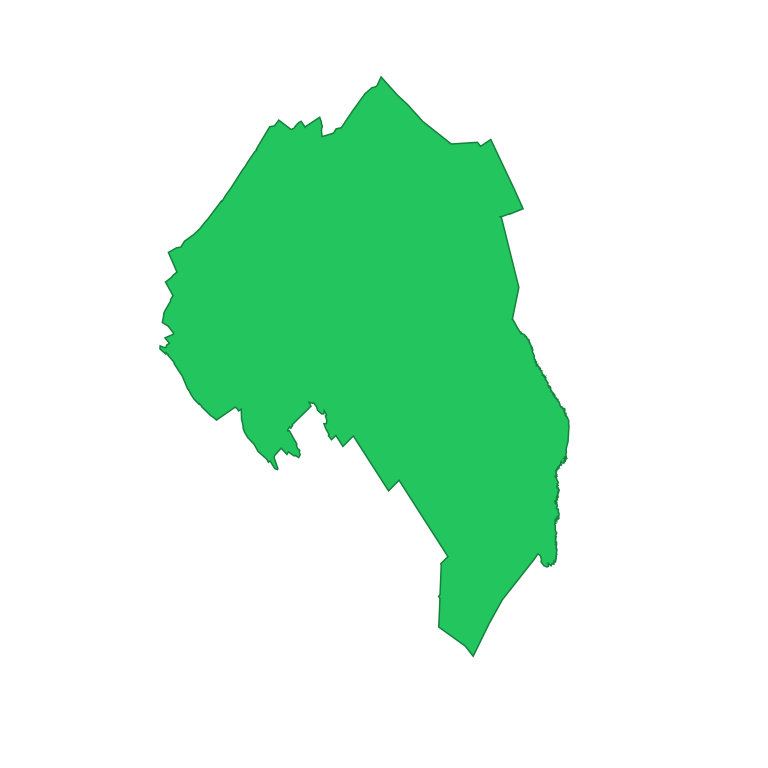 outline of Allažu pag., Siguldas, Latvia, rotated 248°
{"feature_id": "27541924B773256443611", "entity_name": "Allažu pag.", "entity_type": "district", "adm_level": 2, "iso_a3": "LVA", "parent_name": "Latvia", "parent_adm1": "Siguldas", "projection": "equal_earth", "projection_center": [24.751, 57.056], "detail": "fine", "context": "isolated", "style": "filled", "palette": "green", "viewbox_px": 768, "rotation_deg": 248, "n_neighbors": 0, "source": "geoboundaries", "source_scale": "gbopen_adm2", "svg_char_len": 6157}
<svg xmlns="http://www.w3.org/2000/svg" viewBox="0 0 768 768"><g transform="rotate(248 384 384)"><path d="M98.2,364.7L122.6,391.9L139.7,413.0L164.9,457.1L168.9,463.1L166.1,464.6L162.5,464.3L160.1,463.0L155.6,464.2L153.3,466.5L153.3,468.2L155.3,468.7L157.1,468.6L152.9,470.8L154.2,472.1L154.2,472.7L153.4,473.8L153.4,474.3L155.8,474.8L154.9,475.9L154.9,476.5L156.5,476.8L156.5,477.6L157.5,477.8L157.8,478.4L159.3,478.6L159.4,479.1L160.5,479.2L161.2,480.4L162.4,480.4L165.3,482.1L165.9,482.4L166.6,481.8L167.3,482.5L168.0,482.3L169.4,483.2L170.3,483.0L170.1,483.4L170.7,483.6L170.7,483.9L171.6,483.8L171.3,484.1L172.7,484.8L173.8,484.0L175.8,485.2L176.9,484.6L176.7,484.8L177.1,485.3L177.1,485.9L178.1,486.6L178.9,485.9L181.0,488.3L184.3,488.0L188.6,489.8L190.3,489.8L190.6,491.3L191.9,490.9L191.9,491.5L193.3,492.5L193.2,492.1L193.8,491.5L194.6,492.3L194.1,492.9L192.8,493.1L195.0,494.1L194.1,494.3L193.4,495.1L194.2,496.1L195.7,495.5L196.4,495.9L196.2,496.9L196.9,496.9L198.0,497.7L199.4,497.8L200.5,497.2L200.2,497.6L200.6,498.0L202.3,498.7L203.0,498.5L203.4,497.4L204.3,497.2L204.4,497.7L205.0,497.9L205.6,498.9L207.7,499.4L209.2,499.1L208.6,498.9L208.8,497.5L209.2,498.6L211.5,498.4L211.6,498.9L211.2,499.6L209.5,499.4L209.6,499.9L210.5,499.7L211.4,500.6L212.0,500.6L211.7,501.1L212.0,501.4L213.2,501.2L213.0,501.6L214.0,501.9L213.6,502.4L213.9,503.2L214.7,503.3L214.2,502.9L215.0,502.9L215.2,502.2L216.9,504.3L217.9,504.2L218.1,504.4L217.7,504.7L219.1,505.4L218.5,505.5L219.7,506.5L220.2,506.2L220.5,506.7L221.3,506.4L222.3,506.7L222.6,506.3L222.4,505.7L223.1,505.4L224.9,506.2L224.4,506.8L224.6,507.5L226.3,507.2L227.1,508.6L229.5,508.6L230.8,508.2L231.3,508.6L232.5,508.5L234.0,507.9L234.5,508.2L233.4,508.9L234.1,509.3L233.8,509.7L234.5,509.7L235.2,510.3L235.6,509.9L236.6,509.9L237.9,510.9L238.1,510.5L239.4,510.9L239.2,511.2L240.0,512.1L239.5,512.3L240.3,513.3L241.3,513.8L240.6,514.1L241.2,514.4L240.9,514.8L241.4,514.7L241.8,515.0L241.9,515.7L243.0,515.9L242.4,516.1L243.0,516.5L242.7,516.8L242.9,517.4L242.3,517.9L242.5,518.3L243.1,517.9L245.2,518.5L245.6,519.1L244.5,518.7L244.6,519.1L243.6,520.2L243.4,521.4L245.0,522.0L244.4,522.5L244.4,523.0L245.5,523.9L245.9,522.9L246.7,523.6L247.7,522.9L247.5,524.4L246.3,525.1L246.4,525.6L248.6,524.8L248.2,525.8L251.2,526.3L252.0,527.4L255.7,528.6L261.4,532.9L276.0,539.9L277.6,540.1L280.4,541.4L281.7,541.6L282.8,541.2L284.3,541.6L284.5,541.1L285.6,541.2L286.1,540.4L287.5,540.6L287.2,541.2L288.8,541.7L289.0,541.5L288.6,541.0L289.1,540.7L291.3,540.7L292.0,541.0L291.5,541.8L293.3,542.2L293.0,541.3L293.9,541.3L293.7,540.9L294.5,540.4L296.3,540.3L296.4,539.5L297.4,539.2L300.9,539.6L301.9,539.5L302.7,538.8L304.5,539.4L304.6,538.5L305.7,538.7L306.1,538.1L306.7,538.4L307.5,538.1L307.6,537.6L308.3,537.3L309.1,537.9L309.1,537.4L309.6,537.3L310.4,537.9L311.2,537.5L311.7,537.8L311.9,537.7L311.3,536.9L313.3,537.1L314.3,536.8L314.4,536.1L315.4,536.6L316.2,536.3L316.7,536.7L317.6,536.4L317.7,537.0L318.8,537.1L319.1,537.0L318.3,536.5L319.3,536.6L319.6,535.5L320.8,536.1L321.2,535.5L322.6,535.8L323.6,536.5L324.7,535.9L325.2,536.1L327.3,535.7L327.3,535.3L327.8,535.3L328.6,535.5L328.5,535.8L329.2,536.4L330.0,535.6L330.4,536.1L330.4,535.7L331.5,535.6L331.4,535.1L332.3,535.4L332.6,534.5L332.9,535.1L333.8,534.6L334.8,534.9L336.6,534.7L337.0,535.2L337.6,534.3L338.4,534.5L338.8,534.1L339.8,534.9L340.0,534.8L339.6,534.2L339.9,533.8L341.1,534.2L342.7,533.9L342.7,533.6L343.5,533.2L343.6,532.5L343.9,532.9L344.5,532.5L344.7,533.1L344.8,532.7L345.6,533.0L346.1,532.5L347.3,533.6L348.1,532.5L348.4,533.1L350.1,533.3L351.1,532.6L353.9,533.9L359.0,533.7L359.4,534.5L360.3,534.7L360.7,534.3L361.8,534.3L361.3,534.9L362.2,535.0L362.2,534.6L362.6,534.4L363.1,534.9L363.7,534.5L364.9,534.8L366.4,534.3L367.0,534.8L367.3,534.3L369.5,534.7L369.2,534.4L369.5,534.2L371.0,534.5L371.1,534.0L372.1,534.1L372.6,533.7L374.4,533.8L375.0,533.5L375.1,532.6L376.3,533.0L376.9,532.8L379.4,530.5L380.3,530.4L379.8,529.9L386.5,528.7L395.2,527.7L395.7,527.1L423.0,545.2L494.0,555.2L495.5,554.4L495.0,557.2L494.8,563.5L494.7,564.4L494.4,564.3L494.4,578.6L515.4,577.8L570.7,574.6L568.2,562.6L573.1,561.1L581.3,536.3L612.9,518.3L633.8,510.7L646.7,504.7L669.8,496.3L663.1,489.2L662.7,486.9L663.3,483.9L660.3,475.2L649.0,457.2L637.6,440.4L638.5,435.2L635.5,431.1L636.6,419.2L643.4,421.3L645.8,423.2L646.8,423.5L648.9,423.5L650.5,424.1L655.4,424.3L652.1,407.7L651.6,407.1L658.6,405.6L658.3,402.9L656.4,398.6L654.8,396.4L654.7,393.2L668.1,385.3L664.3,379.1L665.4,374.5L649.5,353.5L648.7,353.8L647.8,351.2L640.8,340.7L637.6,336.6L635.5,333.0L623.0,315.4L618.2,307.8L613.9,302.1L614.1,301.6L614.5,301.6L602.6,281.9L600.7,277.9L597.0,271.5L593.9,263.7L591.1,252.4L587.0,246.8L588.0,242.6L586.8,233.4L565.3,233.9L563.9,229.3L562.4,226.7L560.4,219.6L545.0,221.5L542.7,218.2L540.6,216.9L533.5,207.7L531.4,205.9L530.8,205.9L524.3,201.6L523.8,201.6L518.7,205.5L510.0,207.9L509.1,207.5L508.8,198.2L502.0,200.3L501.5,197.0L499.6,195.5L500.0,194.0L503.2,190.7L500.4,189.4L493.5,192.9L494.6,193.7L491.9,195.0L491.4,194.5L482.1,197.7L481.5,197.0L466.8,199.9L452.7,200.1L452.3,200.6L446.7,201.1L441.1,202.2L434.4,204.9L434.9,205.5L431.9,206.7L431.4,206.3L419.6,211.5L416.8,213.4L413.3,215.1L418.3,237.3L416.0,238.6L413.5,239.1L414.1,242.2L404.7,238.7L398.9,237.9L395.0,236.6L394.3,236.9L391.9,236.6L385.4,237.6L377.0,240.9L368.5,242.0L358.3,247.1L354.8,247.5L355.3,249.5L346.3,251.1L344.6,253.1L345.2,253.9L356.7,254.5L357.7,255.0L358.9,256.3L363.0,264.7L355.1,267.6L356.9,269.9L351.5,273.3L350.8,274.2L351.0,275.0L347.7,277.3L349.8,279.8L352.8,280.0L354.0,281.1L357.0,279.6L360.8,280.2L361.0,280.7L376.4,278.7L376.3,277.3L377.0,277.2L378.2,278.2L379.6,280.3L377.9,281.0L379.8,283.8L380.7,283.8L390.7,308.0L395.1,307.7L392.8,310.8L392.9,311.7L387.4,313.1L386.6,312.7L384.5,312.6L379.8,314.8L378.8,316.9L381.6,318.6L376.8,319.2L376.4,317.7L371.9,317.4L368.8,315.7L369.7,313.4L364.1,313.3L357.8,314.1L356.9,313.0L352.0,314.5L354.3,320.1L341.5,322.5L347.3,336.1L283.2,348.2L289.1,361.9L200.0,378.6L196.1,369.3L194.4,369.1L167.6,357.0L166.7,355.1L164.1,355.5L138.1,343.7L110.5,361.2L98.2,364.7Z" fill="#22c55e" stroke="#15803d" stroke-width="1.5"/></g></svg>